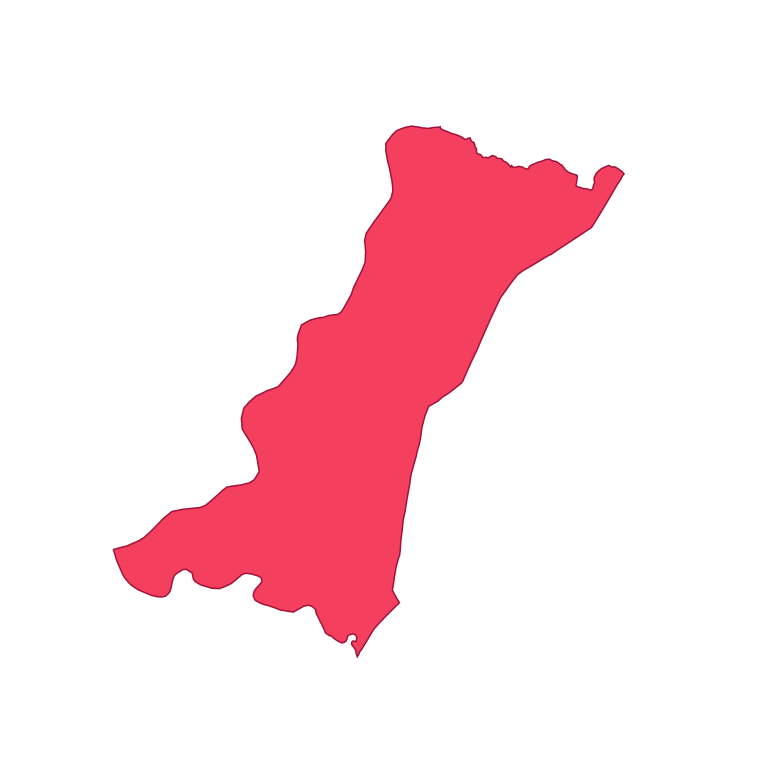 the district of Ziguinchor, Ziguinchor, Senegal, rotated 308°
{"feature_id": "50182788B19119296887329", "entity_name": "Ziguinchor", "entity_type": "district", "adm_level": 2, "iso_a3": "SEN", "parent_name": "Senegal", "parent_adm1": "Ziguinchor", "projection": "albers", "projection_center": [-16.18, 12.511], "detail": "fine", "context": "isolated", "style": "filled", "palette": "rose", "viewbox_px": 768, "rotation_deg": 308, "n_neighbors": 0, "source": "geoboundaries", "source_scale": "gbopen_adm2", "svg_char_len": 5767}
<svg xmlns="http://www.w3.org/2000/svg" viewBox="0 0 768 768"><g transform="rotate(308 384 384)"><path d="M87.0,272.8L84.6,276.0L80.3,282.1L77.4,287.4L73.7,294.1L71.6,299.0L70.0,306.8L70.0,311.6L70.6,317.5L74.3,331.0L76.9,336.5L79.5,340.2L82.4,342.4L85.7,343.1L88.2,343.1L93.0,341.4L97.3,339.1L101.1,337.5L104.3,336.8L108.0,337.5L110.5,338.6L113.6,339.6L116.3,342.3L116.5,345.4L116.9,347.4L116.8,349.2L112.9,354.0L112.1,356.4L112.4,360.2L113.1,363.9L114.8,368.3L117.2,374.3L121.4,380.2L125.9,383.0L126.9,383.6L132.8,386.5L137.1,387.5L141.5,388.4L146.7,389.5L149.8,391.6L152.6,396.4L154.9,402.1L155.9,406.1L154.5,407.9L153.1,409.3L151.3,409.6L149.5,409.4L147.7,409.5L144.6,409.0L140.1,409.5L138.1,410.3L136.3,411.7L134.3,415.4L135.0,420.7L136.2,425.0L138.1,429.1L140.0,434.6L142.2,441.7L144.1,445.0L145.9,448.5L147.3,450.9L148.6,453.1L150.6,453.9L151.1,454.1L159.6,457.6L163.2,460.8L164.5,464.3L164.4,465.4L164.2,469.0L163.3,469.9L161.6,471.6L161.5,472.2L161.1,472.7L160.6,473.8L160.3,474.6L160.0,475.1L159.5,476.0L158.9,477.2L158.4,478.5L158.0,479.0L157.7,479.5L157.0,481.2L156.6,482.4L156.1,483.4L155.2,484.7L154.6,486.5L153.8,487.6L153.1,489.2L152.2,490.5L151.8,491.0L152.0,495.2L152.5,496.6L153.0,498.3L152.7,502.2L153.0,505.8L153.9,510.0L155.8,511.7L158.2,512.4L160.2,511.8L163.1,510.7L164.7,510.9L166.8,512.5L168.1,513.3L168.7,516.1L168.2,517.3L167.7,518.5L167.0,518.9L164.2,520.5L163.2,519.3L162.7,518.1L161.8,517.5L160.3,517.7L159.5,518.2L158.7,519.2L158.0,521.9L157.9,522.2L157.4,523.9L156.7,525.8L156.0,526.5L154.9,527.5L152.6,530.9L156.0,530.4L158.2,529.7L161.1,529.8L166.2,529.1L174.5,528.2L179.2,527.5L185.1,527.0L187.6,527.1L193.6,527.5L204.0,528.6L216.5,530.2L221.2,530.8L223.0,525.8L226.7,517.5L231.1,515.2L238.0,511.2L247.2,506.2L256.0,502.5L258.4,501.9L264.3,498.3L270.6,493.9L279.2,488.8L288.6,482.9L296.9,478.9L306.3,473.6L313.3,469.9L320.6,466.1L328.4,461.5L334.9,458.7L347.2,453.7L352.0,451.3L357.5,449.2L362.6,446.7L363.1,446.5L363.4,446.3L366.2,444.7L372.7,440.8L384.1,435.9L393.8,433.0L395.9,433.8L403.8,437.1L409.4,438.0L415.6,440.3L423.6,442.4L432.7,444.5L435.6,444.2L438.1,443.4L445.6,441.5L455.9,439.0L467.8,436.4L475.5,434.3L488.0,431.1L498.3,428.5L508.3,426.2L523.4,422.7L531.0,422.4L541.4,421.9L552.5,421.9L554.7,422.6L558.6,423.6L563.7,425.7L576.0,430.5L583.6,433.3L588.4,435.4L588.6,435.8L592.3,436.9L597.0,438.3L607.1,441.8L635.2,451.2L637.1,451.0L648.2,449.8L672.0,446.8L685.0,445.0L691.0,444.6L693.1,444.0L696.3,443.8L697.4,443.8L697.5,443.0L697.6,442.3L697.7,441.6L697.9,441.1L698.0,439.9L697.9,438.9L697.7,437.5L697.8,435.9L697.6,434.9L697.5,433.7L697.1,431.9L696.2,431.0L695.3,430.3L694.9,427.9L694.6,426.5L692.5,425.4L689.3,423.7L688.1,422.9L687.2,422.7L686.1,422.6L684.4,422.0L682.8,421.8L680.3,421.6L678.4,422.1L677.6,422.4L676.4,422.4L675.5,423.1L674.0,423.9L673.0,425.7L671.4,426.2L670.0,426.6L666.5,428.2L664.8,428.0L664.6,428.0L664.1,427.7L663.9,426.8L663.5,425.6L662.7,424.0L662.1,422.8L661.4,421.7L660.4,419.8L659.8,417.9L659.1,416.5L658.8,415.5L658.4,413.9L658.9,412.8L660.7,412.0L662.0,411.3L663.6,410.3L664.2,409.9L664.7,409.6L665.2,409.3L666.0,409.0L666.3,408.6L667.1,408.0L667.1,406.8L666.5,405.2L665.8,403.9L665.5,402.7L664.9,401.0L664.5,398.9L664.3,397.6L664.5,396.6L664.5,394.8L665.1,393.0L665.7,390.2L666.1,389.2L665.4,388.1L665.7,386.3L665.3,384.3L665.5,383.3L665.2,382.5L664.4,380.8L663.6,379.2L663.2,377.7L663.3,376.7L663.1,376.0L660.2,373.1L657.1,371.4L653.6,368.8L652.7,368.4L651.7,367.8L649.7,366.7L646.8,365.1L644.9,364.6L642.7,365.2L641.5,364.4L640.7,363.1L640.5,362.0L640.4,360.6L640.0,359.2L639.5,358.2L638.5,356.3L637.1,355.2L636.9,355.1L635.3,353.7L634.2,351.7L634.7,350.2L633.2,350.4L633.4,348.3L633.9,345.6L633.9,343.3L633.4,341.5L633.4,340.1L633.5,339.6L633.7,339.4L633.8,339.0L634.0,338.1L633.7,337.4L633.3,337.1L632.5,335.5L631.5,334.0L632.0,331.9L631.3,330.6L630.8,329.1L630.5,328.9L630.5,328.5L626.2,326.9L625.5,324.7L623.9,323.4L623.5,322.6L623.5,321.6L624.1,320.5L624.1,319.9L624.1,318.4L623.4,316.9L622.9,315.1L624.3,313.6L626.3,312.1L626.9,309.6L628.3,308.4L629.6,306.2L629.7,305.7L629.2,304.7L629.2,304.2L629.0,303.8L629.5,302.5L630.9,300.6L630.1,299.6L629.1,298.7L628.6,298.9L627.7,298.6L626.5,296.5L626.5,294.7L626.3,291.9L625.8,290.7L625.5,289.7L625.0,287.8L624.0,285.3L623.2,283.4L622.7,281.9L622.3,280.1L621.9,278.3L621.4,277.0L620.8,275.1L620.4,273.8L620.2,272.0L620.4,270.8L621.3,269.9L620.2,269.2L618.6,267.3L617.5,266.0L616.4,264.9L613.9,262.7L612.3,261.1L611.2,259.2L609.6,256.9L608.4,254.2L606.6,251.1L605.4,249.1L605.1,248.9L604.8,248.1L604.6,247.3L604.5,247.2L602.0,245.1L599.7,243.0L596.6,241.0L594.4,239.7L591.3,237.9L586.3,237.2L581.1,237.2L578.6,237.1L574.1,237.5L572.8,239.1L569.0,241.7L561.8,249.7L558.8,253.8L549.1,265.1L547.9,266.3L541.8,272.0L534.8,275.2L530.5,275.5L510.5,276.2L507.2,276.2L491.8,277.2L485.0,280.5L482.6,282.9L476.8,288.2L468.3,294.2L460.8,296.4L458.6,296.9L447.2,299.4L442.5,300.3L438.6,301.6L434.3,303.1L418.0,305.7L416.1,306.0L413.1,305.7L410.2,304.5L403.9,298.2L399.2,295.2L396.0,291.8L388.7,286.4L379.8,282.6L370.9,285.5L368.0,286.8L365.2,288.7L363.0,291.3L358.7,294.2L352.7,298.2L348.7,300.3L347.0,301.3L344.0,302.4L337.1,303.1L335.4,303.3L317.0,302.3L312.0,299.5L307.0,296.1L302.3,293.9L295.8,290.6L287.5,288.9L278.6,288.4L268.9,292.9L266.4,295.3L265.5,296.5L264.1,297.2L261.0,300.4L260.5,301.8L260.1,303.0L257.2,310.9L255.6,315.2L255.5,315.3L255.5,315.5L255.0,316.7L253.0,321.1L249.2,327.6L238.2,339.6L228.7,340.7L223.4,338.9L218.7,335.2L216.4,333.5L214.2,331.3L209.6,326.8L206.0,323.7L201.4,322.4L192.6,320.9L183.0,319.1L178.5,318.1L173.4,315.1L161.8,303.0L153.0,295.4L142.8,293.0L130.6,291.7L123.6,290.9L115.0,289.3L109.2,287.1L103.3,283.9L97.8,281.0L94.3,278.1L87.0,272.8Z" fill="#f43f5e" stroke="#9f1239" stroke-width="1.5"/></g></svg>